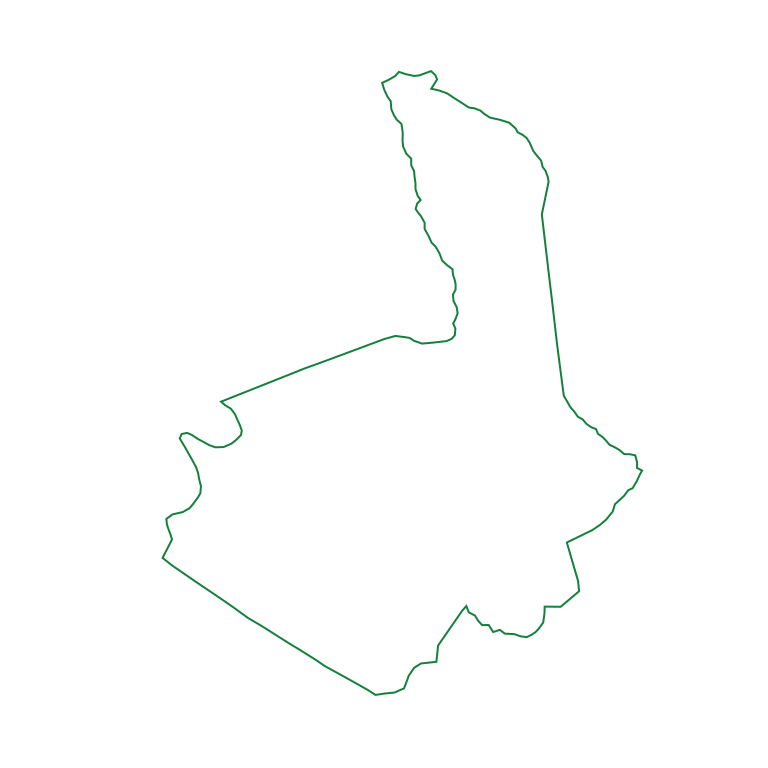 the district of Iporã, Paraná, Brazil, rotated 82°
{"feature_id": "56859067B57368215324073", "entity_name": "Iporã", "entity_type": "district", "adm_level": 2, "iso_a3": "BRA", "parent_name": "Brazil", "parent_adm1": "Paraná", "projection": "albers", "projection_center": [-53.762, -24.059], "detail": "fine", "context": "isolated", "style": "outline", "palette": "green", "viewbox_px": 768, "rotation_deg": 82, "n_neighbors": 0, "source": "geoboundaries", "source_scale": "gbopen_adm2", "svg_char_len": 2624}
<svg xmlns="http://www.w3.org/2000/svg" viewBox="0 0 768 768"><g transform="rotate(82 384 384)"><path d="M80.7,293.9L83.3,306.1L83.1,311.5L80.2,319.3L77.0,325.8L80.5,329.9L83.4,336.9L85.5,343.9L92.7,342.8L100.2,340.5L104.8,338.0L113.0,338.5L119.4,336.7L124.0,334.6L128.9,330.5L138.1,330.5L145.6,331.8L151.7,332.0L159.1,329.8L164.6,325.7L171.3,326.6L177.3,324.6L183.1,324.9L189.9,324.9L195.5,325.7L202.5,324.4L206.9,322.1L210.0,326.1L215.1,328.3L219.1,326.3L223.0,324.0L230.0,321.3L236.0,322.2L243.8,319.2L250.7,317.2L255.2,313.8L261.9,311.0L270.0,309.2L275.2,304.9L279.8,300.2L285.4,300.5L290.5,299.5L295.3,299.2L300.6,300.0L305.1,303.3L311.3,303.6L318.3,301.3L324.2,301.2L330.0,304.4L333.7,307.1L339.1,305.6L345.6,307.1L348.7,310.7L350.2,316.0L349.9,328.3L349.3,340.6L345.4,348.3L341.9,352.3L340.4,357.2L338.0,366.1L339.5,377.4L353.8,442.6L355.4,450.1L357.5,460.2L378.8,547.8L382.9,544.3L387.1,539.1L393.1,535.8L404.6,532.5L410.4,531.3L414.6,532.7L418.6,537.9L421.9,543.5L424.1,551.6L423.2,559.9L420.4,565.2L412.7,575.7L407.6,581.5L405.0,585.9L405.4,591.4L409.5,593.8L418.8,589.9L433.6,584.1L440.5,581.6L446.3,580.5L452.1,580.3L459.8,579.5L466.7,581.1L470.5,584.1L476.5,590.0L480.0,594.0L482.8,601.2L483.7,611.6L487.3,618.3L493.1,618.5L497.9,617.6L502.8,616.5L508.4,615.5L525.4,627.5L534.2,619.1L553.1,598.5L574.3,575.0L583.2,565.3L596.9,551.1L606.7,538.7L627.9,513.8L634.5,505.6L648.7,488.8L654.8,482.2L670.2,461.7L684.9,442.4L690.7,435.7L690.6,426.3L691.0,416.6L688.2,406.5L676.2,400.0L669.2,393.6L665.9,386.2L666.4,370.8L650.5,366.8L619.6,338.3L615.3,333.4L621.9,331.8L626.0,326.1L631.4,323.8L636.4,320.4L637.2,313.9L644.8,310.4L643.6,303.5L648.0,299.1L649.9,289.6L652.9,283.8L654.5,277.9L652.9,272.8L650.8,268.5L647.8,264.7L642.3,259.5L633.4,257.0L626.8,255.9L629.2,240.1L626.4,235.6L616.4,219.7L606.3,219.2L566.4,225.0L557.6,197.9L553.5,189.6L549.2,182.9L542.2,175.3L535.2,172.0L528.2,161.9L523.1,156.8L521.8,152.3L515.4,147.2L509.4,143.3L505.6,140.5L502.4,145.1L496.8,144.3L489.6,145.1L487.7,150.5L486.9,155.8L482.0,160.2L478.8,164.2L475.6,169.1L470.8,172.1L466.9,174.9L463.2,179.0L458.2,180.3L455.2,185.4L451.5,189.2L446.6,192.3L443.4,196.6L438.2,199.2L432.6,202.8L427.7,204.7L420.7,207.6L369.6,207.1L325.3,206.0L299.4,205.5L238.0,204.1L206.8,192.9L202.3,192.9L195.3,194.4L191.1,196.7L184.7,197.3L179.1,200.8L173.9,203.8L165.5,206.1L160.3,208.5L156.6,212.0L153.4,216.6L149.4,218.0L142.7,223.6L138.6,232.2L135.0,241.9L130.8,246.8L126.6,250.6L123.6,256.0L122.1,261.4L116.1,268.3L110.3,275.1L105.0,281.0L100.8,289.0L98.2,296.1L89.8,289.0L85.2,290.2L80.7,293.9Z" fill="none" stroke="#15803d" stroke-width="2"/></g></svg>